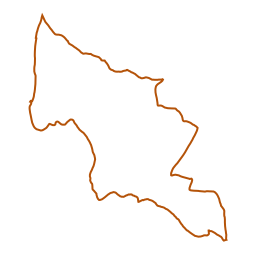 the district of Hagaz, Anseba, Eritrea
{"feature_id": "51966322B93716709446742", "entity_name": "Hagaz", "entity_type": "district", "adm_level": 2, "iso_a3": "ERI", "parent_name": "Eritrea", "parent_adm1": "Anseba", "projection": "equal_earth", "projection_center": [38.261, 15.755], "detail": "fine", "context": "isolated", "style": "outline", "palette": "amber", "viewbox_px": 256, "rotation_deg": 0, "n_neighbors": 0, "source": "geoboundaries", "source_scale": "gbopen_adm2", "svg_char_len": 5742}
<svg xmlns="http://www.w3.org/2000/svg" viewBox="0 0 256 256"><path d="M197.6,127.9L196.4,126.6L195.8,126.2L195.1,125.8L194.2,125.1L193.6,124.8L192.9,124.6L190.8,123.0L189.8,122.5L188.6,122.0L186.9,121.4L186.0,121.2L184.3,121.3L183.6,121.1L183.1,120.6L182.8,120.0L182.4,117.8L181.8,115.8L179.9,112.7L179.0,111.6L177.2,110.4L176.7,109.9L175.8,108.8L175.5,108.6L174.5,108.5L171.5,108.4L167.8,108.2L164.7,107.5L162.3,106.0L161.2,105.6L160.4,105.5L159.1,105.6L158.1,105.6L157.8,105.3L157.6,104.7L157.5,103.0L156.7,97.9L156.4,96.7L156.0,95.0L155.5,92.3L155.4,89.2L155.7,87.5L156.0,86.3L156.7,85.3L157.6,84.3L161.1,81.9L161.9,81.2L162.4,80.7L162.7,80.1L163.3,78.8L163.1,79.0L162.1,79.4L161.2,79.6L158.8,79.6L157.7,79.8L154.8,79.8L153.6,79.7L152.1,79.7L148.9,78.0L146.5,77.4L145.3,77.4L144.9,77.7L142.8,78.2L141.8,78.3L141.3,78.2L140.8,78.0L140.2,77.6L138.9,77.2L137.6,76.1L136.0,74.8L135.3,74.1L132.3,72.5L131.4,72.3L130.3,71.5L128.0,70.4L127.6,70.0L127.2,69.9L126.6,70.0L126.2,70.4L125.3,70.6L124.5,70.7L123.1,71.0L121.9,71.6L119.9,71.8L119.0,71.6L116.8,71.7L115.2,71.5L114.2,71.1L113.8,71.0L113.1,70.4L112.7,70.2L111.1,69.7L109.6,68.5L109.1,67.5L108.5,66.1L107.8,64.8L106.7,63.2L105.7,62.1L104.9,60.9L104.6,60.5L104.4,60.5L104.1,60.5L103.0,60.6L102.3,60.4L101.5,60.3L100.7,58.9L99.4,57.7L99.0,57.3L98.7,57.1L95.5,56.2L93.6,55.6L92.0,54.8L90.9,54.0L90.3,53.9L89.3,54.0L85.9,53.4L83.3,53.7L82.8,53.5L82.1,53.0L81.7,52.8L81.2,52.5L79.2,50.4L76.7,48.6L75.7,47.8L74.6,47.2L72.4,45.5L69.2,43.7L68.9,43.2L68.4,42.5L67.8,41.0L67.2,40.7L65.3,38.4L64.3,37.3L62.6,36.0L61.4,35.3L58.9,34.7L56.4,34.6L55.6,34.4L54.9,34.0L52.9,31.7L51.8,30.1L50.1,28.1L48.3,25.4L45.5,22.1L44.9,21.0L42.7,16.2L42.3,15.4L41.7,17.4L41.4,19.3L40.9,21.0L40.2,23.0L39.0,25.4L38.0,28.3L37.2,31.3L36.7,32.7L35.8,38.0L36.4,38.3L36.0,40.5L35.5,43.9L35.2,46.2L34.9,51.0L34.8,54.1L34.8,56.1L35.0,58.4L34.9,62.5L34.8,64.6L34.5,66.3L34.4,66.9L34.3,68.3L34.3,71.4L34.8,73.5L35.5,75.3L35.6,76.0L35.4,84.1L35.1,87.1L34.9,89.5L34.7,91.0L34.5,92.4L34.2,93.4L33.8,96.6L33.3,98.3L32.8,99.7L32.2,101.1L31.6,100.8L30.9,100.8L30.7,100.9L30.2,101.7L30.9,101.9L31.0,102.1L31.1,102.3L31.2,103.0L31.2,103.6L30.7,104.7L29.8,106.2L29.6,107.2L29.6,108.9L30.1,112.6L30.3,113.6L30.6,114.9L31.5,119.5L32.2,122.7L33.5,125.8L34.0,126.7L34.7,127.7L35.5,128.4L36.5,129.2L40.8,130.5L41.9,130.4L43.2,129.9L45.9,128.2L46.6,127.6L47.3,126.7L48.6,124.9L49.0,124.2L49.4,123.9L50.1,124.0L51.9,124.8L52.8,125.1L54.4,125.1L54.7,125.0L55.3,124.4L55.6,122.9L56.0,122.2L56.6,121.8L57.0,121.6L57.6,121.6L58.4,121.9L60.1,123.4L61.4,124.4L62.7,124.7L64.2,124.7L65.1,124.5L67.5,121.8L68.2,121.3L70.0,119.8L70.8,119.5L71.9,119.6L72.3,119.7L73.1,120.2L73.4,120.5L73.8,121.3L74.2,122.3L74.7,123.1L76.6,125.4L77.0,126.1L77.6,127.2L78.0,127.6L79.5,129.7L82.1,131.9L83.3,132.7L83.9,133.3L86.1,136.1L86.8,137.0L87.9,139.2L88.9,140.7L89.8,142.3L90.7,144.3L91.0,144.8L92.1,148.5L92.5,150.4L92.6,151.2L92.9,152.3L94.3,155.1L95.0,158.3L95.1,159.5L94.1,164.1L93.5,166.1L92.5,168.2L92.0,169.6L90.7,172.2L90.1,174.0L89.9,174.8L89.9,176.1L89.9,176.5L90.2,177.4L90.4,178.0L90.4,178.8L90.2,180.0L90.2,180.6L91.0,182.5L91.4,183.1L91.9,183.5L92.1,183.9L92.3,184.9L92.4,186.4L92.5,188.8L92.6,189.3L92.7,189.5L93.9,190.7L94.9,191.9L95.7,192.8L96.4,193.6L96.5,194.9L96.8,195.8L97.1,197.1L98.0,198.9L99.1,200.0L100.3,199.9L102.2,199.2L104.8,197.3L108.4,194.3L108.7,194.2L109.8,193.4L110.8,192.9L112.1,192.6L113.4,192.1L114.6,192.3L115.6,192.6L116.0,192.9L117.5,194.3L118.8,195.3L119.1,195.4L120.2,196.3L121.0,196.5L121.4,196.7L123.7,196.8L124.8,196.2L125.3,196.0L126.4,195.3L126.9,195.3L127.7,194.9L128.9,194.4L129.8,194.6L130.2,194.4L131.2,194.4L131.7,194.5L131.9,194.6L132.2,195.0L133.1,195.5L134.1,195.7L134.6,196.1L136.4,196.7L137.3,197.4L137.7,198.1L138.0,199.1L138.3,201.6L138.4,201.9L138.7,201.9L140.5,201.0L142.1,200.2L142.8,200.0L143.3,200.2L144.7,199.6L146.3,199.3L146.9,199.1L147.8,199.1L148.4,199.3L149.3,199.9L150.7,200.2L152.5,200.9L155.6,203.1L156.2,204.2L157.5,205.7L159.6,206.3L160.3,206.4L161.2,206.9L162.1,207.0L163.7,207.5L164.5,207.9L165.7,208.8L167.2,209.4L167.7,209.7L170.5,212.0L171.6,213.1L173.5,214.5L174.5,215.9L175.3,216.6L176.2,217.5L176.6,218.3L177.8,219.1L178.2,219.2L178.9,220.0L179.7,221.5L181.1,223.7L181.6,224.3L182.1,224.8L183.1,226.4L184.9,228.2L186.0,229.5L187.1,230.5L187.6,230.6L190.0,232.5L191.7,233.7L192.7,234.4L193.7,235.0L194.8,235.8L197.7,236.5L198.8,236.7L199.8,236.5L200.6,236.5L202.8,235.9L203.3,235.6L204.2,235.3L206.9,235.4L207.4,235.3L208.0,234.9L208.6,234.4L208.8,234.1L208.9,233.8L208.9,233.3L208.6,230.5L209.0,230.4L209.6,230.9L210.4,231.1L211.4,231.1L212.2,231.5L214.8,232.9L217.2,234.7L218.7,235.4L220.4,236.5L221.1,236.8L221.9,237.8L223.0,239.8L223.9,240.6L224.9,240.2L226.4,239.8L226.1,239.3L226.2,236.7L226.3,234.8L226.0,233.1L225.8,231.2L225.5,229.6L225.1,226.2L224.9,222.5L224.9,219.5L224.7,217.1L224.3,216.0L224.2,214.0L224.3,210.9L223.9,209.7L223.4,208.9L221.7,206.6L221.1,205.9L220.6,203.9L220.1,202.8L219.7,201.4L219.1,198.8L217.6,195.5L216.5,193.8L215.1,192.4L214.6,192.0L213.4,191.5L206.8,191.2L205.0,191.6L199.4,191.1L198.3,190.9L193.8,190.7L191.0,190.4L190.4,190.2L189.8,189.9L189.5,189.6L189.5,188.1L190.5,185.0L191.7,182.2L192.1,180.5L192.2,180.0L191.8,179.0L191.5,178.7L191.0,178.7L189.8,179.0L189.4,178.8L187.2,178.2L182.8,177.0L181.2,176.5L180.0,176.0L178.9,175.4L177.0,175.0L175.3,174.7L173.6,175.0L172.4,175.4L172.0,175.5L171.3,175.4L171.1,175.2L171.1,174.6L171.2,174.0L171.1,173.8L171.1,173.3L171.2,172.9L172.2,170.2L173.0,168.5L173.6,167.6L175.2,165.6L176.1,164.5L177.2,163.4L183.1,155.3L185.0,152.4L187.6,147.8L188.8,145.7L190.2,143.6L191.5,141.3L192.5,139.6L193.1,138.2L194.8,135.2L196.7,131.2L197.1,130.1L197.6,127.9Z" fill="none" stroke="#b45309" stroke-width="2"/></svg>